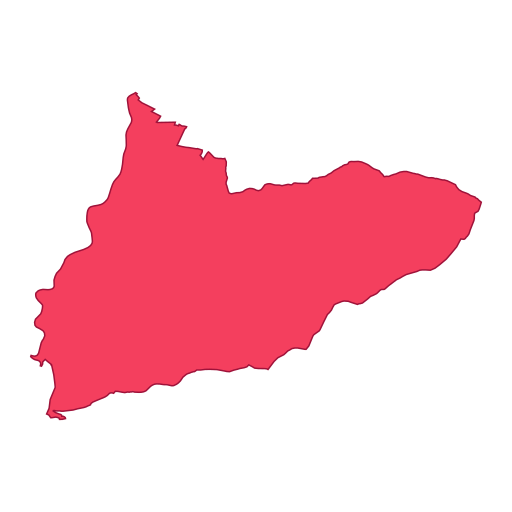 Ideciu De Jos, Mures, Romania (Robinson projection)
{"feature_id": "2599482B36983639581980", "entity_name": "Ideciu De Jos", "entity_type": "district", "adm_level": 2, "iso_a3": "ROU", "parent_name": "Romania", "parent_adm1": "Mures", "projection": "robinson", "projection_center": [24.799, 46.828], "detail": "fine", "context": "isolated", "style": "filled", "palette": "rose", "viewbox_px": 512, "rotation_deg": 0, "n_neighbors": 0, "source": "geoboundaries", "source_scale": "gbopen_adm2", "svg_char_len": 5994}
<svg xmlns="http://www.w3.org/2000/svg" viewBox="0 0 512 512"><path d="M185.8,128.2L186.4,127.3L186.6,126.7L184.0,126.1L182.5,126.1L181.4,125.7L179.4,124.4L179.0,124.4L178.9,125.0L178.5,125.8L176.0,125.1L174.5,125.0L175.3,122.2L157.9,122.5L156.9,122.4L156.4,122.1L159.4,118.4L160.6,116.2L151.5,111.5L154.6,109.1L141.7,102.7L138.2,99.9L139.3,98.1L138.0,96.5L136.2,94.7L137.1,93.7L135.6,92.6L133.8,93.7L131.4,94.8L129.2,96.2L127.8,97.8L127.5,98.7L127.4,100.0L128.4,107.7L128.9,110.1L129.6,113.1L131.5,117.6L131.8,119.7L131.6,121.3L131.3,122.5L127.8,128.9L126.5,132.0L126.0,135.0L126.2,139.6L126.3,145.2L126.2,146.5L125.7,148.9L123.8,154.0L123.2,157.4L122.5,164.4L121.7,169.0L121.0,171.7L120.0,174.2L117.9,177.0L115.7,179.4L113.9,181.7L112.5,184.5L110.9,189.1L109.7,193.2L108.3,197.5L107.3,199.4L105.0,201.9L103.2,203.4L101.0,204.5L97.8,205.3L93.7,206.0L90.8,206.8L89.4,207.7L88.4,209.1L87.7,210.7L87.3,212.6L86.9,215.9L86.8,219.3L86.9,221.7L87.4,223.3L89.1,227.5L90.9,231.2L91.5,232.9L92.1,237.9L92.4,241.4L92.1,243.3L90.6,245.5L88.0,247.5L83.6,249.5L75.0,252.3L70.2,254.6L67.5,256.4L65.0,259.5L63.9,262.7L60.5,269.1L56.6,273.2L55.1,276.4L54.0,280.1L54.2,286.3L53.5,287.8L52.1,288.9L50.0,289.5L48.0,289.7L42.9,289.4L40.1,290.0L38.2,290.8L36.1,292.8L35.7,294.0L35.8,296.0L36.3,297.8L38.2,300.5L40.7,303.0L42.3,304.7L42.6,305.8L42.4,308.2L41.7,311.5L40.7,313.9L35.5,319.2L34.6,322.3L35.0,325.3L36.4,327.0L39.8,328.7L43.1,330.8L44.4,332.8L44.8,335.8L43.2,339.5L42.4,340.4L41.2,342.9L38.6,353.2L37.2,355.3L35.0,356.2L32.8,355.9L31.1,355.4L30.7,356.6L31.4,357.4L32.8,358.5L34.1,359.3L35.0,359.7L37.9,360.4L39.2,361.0L40.1,362.0L40.6,363.0L40.7,364.0L40.3,365.8L41.5,366.2L42.6,364.2L42.8,361.8L45.2,359.4L47.6,361.5L51.4,364.5L51.1,364.9L51.4,365.1L51.8,365.8L53.8,374.9L54.9,383.7L55.2,387.0L55.1,387.7L50.2,399.5L49.1,408.3L46.6,414.0L48.8,415.0L50.7,417.7L51.9,417.7L55.7,417.1L57.7,417.5L59.3,418.3L59.5,419.4L62.5,419.3L65.5,418.6L65.3,417.7L64.5,416.9L63.5,416.4L62.9,416.2L61.7,416.3L61.6,415.2L60.8,414.5L58.6,413.8L55.4,412.5L53.2,411.0L53.3,410.6L54.3,410.5L56.1,410.9L59.8,410.9L61.2,411.2L63.0,411.2L73.1,410.0L77.5,408.8L83.9,407.5L86.1,406.8L87.9,405.9L89.8,405.2L90.5,404.8L90.7,404.1L91.2,403.3L92.8,402.1L96.0,400.7L104.9,397.0L107.1,395.6L108.6,394.2L109.1,393.6L110.0,393.1L111.0,392.8L112.7,393.0L113.6,393.3L115.3,391.3L117.9,391.4L122.1,392.2L124.8,392.6L127.6,392.0L129.3,392.2L130.5,391.9L131.7,391.9L132.8,391.6L134.6,392.1L139.0,392.3L141.5,392.2L143.6,391.8L145.1,391.2L146.1,390.7L150.6,386.3L152.4,385.1L154.5,384.2L156.5,383.9L159.7,384.0L163.5,384.6L167.0,384.7L171.5,385.7L172.8,385.7L173.7,385.6L176.6,384.2L178.4,382.9L180.4,380.9L182.9,377.2L185.5,375.0L186.7,374.1L188.9,373.2L189.3,373.2L191.5,372.2L191.9,372.2L193.2,371.7L194.2,371.7L195.2,371.2L196.7,370.0L200.5,370.0L205.1,369.4L209.9,369.3L217.0,369.6L224.5,371.0L226.8,371.5L229.5,371.7L233.9,370.1L237.6,369.2L239.8,368.5L244.2,367.7L246.9,366.8L248.8,364.9L252.1,366.6L254.6,368.1L258.3,368.5L264.9,368.6L267.0,368.9L268.0,369.5L274.1,361.4L277.9,357.7L283.8,354.7L285.6,353.1L287.7,351.0L290.0,349.8L291.9,348.6L294.8,348.0L297.7,348.0L304.9,349.3L306.1,349.3L308.8,346.0L312.8,336.2L313.8,334.7L319.3,330.8L320.2,329.3L323.9,321.5L327.4,314.5L329.4,312.6L331.5,310.0L332.7,307.4L334.1,304.9L335.5,304.0L341.8,301.5L344.0,301.0L348.3,301.3L351.2,302.4L357.5,304.4L359.0,303.7L360.0,303.7L362.5,303.0L367.6,299.0L370.5,296.4L373.2,295.3L376.4,293.7L377.4,292.9L380.1,290.2L380.9,289.7L381.5,289.5L384.1,289.4L385.0,288.9L388.7,285.6L396.5,279.7L400.1,278.0L402.7,276.4L406.3,274.5L416.8,271.5L419.8,270.2L422.4,269.9L425.4,269.9L430.4,270.2L435.0,268.2L440.0,264.4L446.3,259.1L450.9,253.8L456.7,246.8L460.8,239.0L464.0,239.3L464.7,238.9L465.3,238.5L466.3,237.1L467.4,236.1L468.8,234.1L469.2,233.1L470.3,229.7L473.9,220.6L474.3,218.5L474.3,215.6L474.6,213.5L475.1,212.9L478.0,211.3L479.1,209.2L480.7,204.3L481.3,202.2L478.9,200.3L477.4,198.7L476.2,198.2L475.6,197.8L475.3,197.3L474.9,197.0L470.5,195.5L468.1,193.9L466.7,193.3L462.0,191.6L460.2,190.5L458.9,189.7L456.8,187.2L455.7,185.2L455.5,184.7L447.3,180.8L444.0,179.9L443.6,180.0L442.8,180.0L440.0,179.4L438.4,178.9L436.7,178.5L435.9,178.5L435.7,178.7L433.3,177.9L431.4,177.7L429.0,177.8L428.3,177.7L425.5,177.0L417.8,174.1L416.6,174.1L414.0,173.4L413.4,173.4L406.7,171.5L403.7,171.5L400.1,172.1L395.7,174.0L393.9,174.4L390.5,175.6L389.0,176.4L386.3,176.3L384.2,176.7L383.8,176.4L383.3,175.4L382.0,173.9L380.9,172.9L379.2,170.8L374.0,168.9L372.3,167.9L368.7,165.2L367.3,164.4L365.3,163.5L361.7,162.0L358.3,161.4L353.9,161.6L351.6,161.5L350.5,161.6L349.2,162.0L348.6,162.6L348.2,163.6L347.7,164.0L346.5,164.5L344.6,164.8L342.6,165.8L341.7,166.7L340.9,166.9L340.2,167.2L339.5,167.8L334.0,170.7L331.3,172.9L329.6,173.8L328.4,174.3L326.6,175.7L324.9,176.6L323.2,176.7L321.5,177.0L320.1,177.2L319.1,177.4L318.4,177.9L317.4,178.2L312.5,178.3L311.5,179.6L309.9,181.0L309.0,181.9L308.3,183.1L305.4,183.5L297.6,183.3L295.6,183.0L294.8,183.0L293.7,183.2L292.0,184.6L291.5,184.8L291.0,184.9L288.7,184.4L287.8,184.4L282.0,185.7L279.5,185.1L276.0,185.1L274.4,184.9L270.6,183.8L269.6,183.7L267.9,183.8L266.6,184.1L264.9,184.8L263.9,186.1L262.2,188.5L260.7,190.0L258.4,190.7L256.3,190.2L254.4,189.2L252.3,188.6L249.6,188.4L246.8,189.2L244.9,190.2L242.9,191.7L239.8,192.6L236.6,192.7L231.5,193.8L229.3,193.2L229.0,192.7L228.3,191.2L226.7,185.4L226.1,184.2L226.1,182.2L227.4,178.0L227.2,177.0L226.5,175.8L226.4,175.3L226.2,174.1L226.2,173.2L225.6,171.4L225.6,170.9L225.8,168.4L225.7,167.0L226.2,165.9L226.2,165.4L226.3,162.1L226.2,161.6L224.8,158.4L224.2,158.6L222.9,158.8L221.2,158.5L218.4,158.5L216.8,158.2L216.1,158.2L215.4,158.0L213.9,157.3L210.0,153.2L208.5,151.9L207.8,152.4L206.6,154.0L204.4,157.5L203.1,159.4L200.1,155.2L200.8,154.6L201.5,153.5L201.9,152.6L202.2,151.8L202.3,150.1L197.4,148.6L197.0,148.8L195.7,148.7L189.1,147.6L186.0,147.3L182.2,146.6L177.1,145.4L184.8,128.8L185.4,128.6L185.8,128.2Z" fill="#f43f5e" stroke="#9f1239" stroke-width="1.5"/></svg>